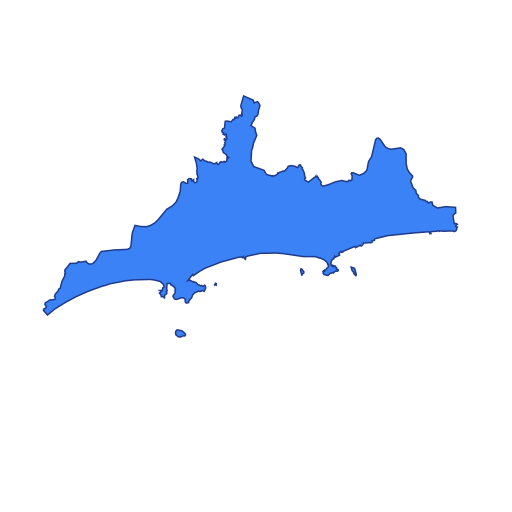 Laem Sing, Chanthaburi, Thailand (Albers equal-area conic projection), rotated 308°
{"feature_id": "78962969B29743694445242", "entity_name": "Laem Sing", "entity_type": "district", "adm_level": 2, "iso_a3": "THA", "parent_name": "Thailand", "parent_adm1": "Chanthaburi", "projection": "albers", "projection_center": [102.119, 12.455], "detail": "fine", "context": "isolated", "style": "filled", "palette": "blue", "viewbox_px": 512, "rotation_deg": 308, "n_neighbors": 0, "source": "geoboundaries", "source_scale": "gbopen_adm2", "svg_char_len": 6150}
<svg xmlns="http://www.w3.org/2000/svg" viewBox="0 0 512 512"><g transform="rotate(308 256 256)"><path d="M378.5,162.2L375.4,160.1L377.1,158.0L374.5,147.7L365.3,151.4L363.9,152.6L362.6,155.4L359.8,156.8L358.3,158.7L357.2,158.4L357.8,157.3L356.5,156.0L354.0,156.5L353.3,155.8L353.3,154.7L352.0,154.9L352.0,154.1L349.9,154.8L349.4,153.8L346.4,153.8L344.7,150.3L343.2,148.8L337.5,152.4L335.7,151.5L333.5,152.0L332.7,153.3L333.1,154.8L331.7,155.1L332.1,156.9L333.4,157.0L333.5,157.8L332.1,159.0L331.3,159.0L331.3,159.9L330.6,161.0L329.2,160.7L329.2,159.1L328.7,158.9L327.9,159.5L328.3,160.7L327.0,161.5L325.9,161.6L325.7,162.5L324.8,163.0L324.3,163.1L324.0,162.7L323.3,163.5L319.2,163.5L318.8,164.8L317.4,166.5L317.7,170.1L316.9,171.2L316.8,173.9L316.1,174.1L315.5,172.7L312.7,174.6L310.7,173.6L311.0,172.6L309.0,171.9L308.8,170.3L307.2,169.8L306.5,170.2L304.7,169.9L304.8,168.0L305.4,167.5L302.8,166.4L301.6,161.7L300.3,160.6L300.3,158.8L299.5,157.7L299.5,154.4L296.9,153.9L297.1,151.2L296.1,146.7L292.4,151.9L288.8,155.7L286.4,157.1L285.3,158.6L284.7,158.5L282.0,162.3L280.6,161.6L279.0,163.4L278.2,163.7L276.9,163.3L276.0,162.4L276.1,161.3L277.7,159.9L275.6,159.3L275.7,158.8L277.1,157.7L276.0,155.8L274.1,155.1L271.7,157.2L271.1,157.2L270.3,156.2L269.6,152.9L268.0,152.1L266.4,152.4L260.4,156.4L253.8,158.8L249.1,159.8L243.8,159.2L237.9,156.9L224.0,156.5L219.7,155.9L214.9,153.9L211.8,151.8L208.3,147.1L205.6,141.8L197.6,144.5L187.1,151.2L184.4,151.8L182.0,150.5L173.5,140.6L164.4,131.4L161.7,131.2L154.3,132.6L150.1,132.1L148.3,131.3L146.8,129.0L146.7,127.1L147.3,125.3L143.2,121.6L142.2,119.5L139.9,119.1L135.7,114.1L127.2,114.0L126.4,115.0L125.9,115.0L125.3,116.4L124.5,116.2L122.3,117.6L116.5,118.7L109.9,121.6L108.4,120.9L107.1,121.5L102.6,121.3L100.1,122.1L99.5,123.8L98.8,124.2L97.5,123.8L94.5,120.7L89.2,118.8L87.8,119.6L87.0,122.2L85.3,122.3L83.3,121.3L82.8,122.1L82.3,122.1L81.1,128.0L90.5,130.1L102.1,134.4L112.7,139.0L124.6,145.3L138.7,154.1L138.7,154.4L144.1,158.0L155.9,168.2L162.0,174.5L172.2,186.8L174.3,190.2L176.9,196.2L176.7,200.0L175.1,202.7L173.3,202.2L171.2,203.3L169.7,201.6L170.0,203.1L169.3,202.9L168.8,203.3L167.5,202.6L166.6,205.3L165.6,206.6L166.5,207.2L167.0,208.6L166.1,210.1L168.9,208.1L171.1,208.8L172.0,208.6L172.5,207.3L173.9,207.4L175.2,205.8L179.5,202.9L181.6,205.0L180.9,206.8L181.4,206.9L181.0,208.4L181.6,210.2L180.8,211.0L181.1,211.5L180.4,212.9L179.6,212.9L177.1,215.0L173.6,215.1L172.9,215.7L172.0,218.1L172.3,219.2L173.2,220.4L176.8,222.6L178.4,224.7L178.3,227.0L176.3,228.4L176.0,229.3L176.1,230.2L177.8,231.6L178.9,230.8L183.9,230.9L186.3,230.1L189.1,230.3L193.2,232.4L193.4,233.5L194.2,234.3L195.8,235.0L196.2,236.9L199.8,236.1L201.2,234.6L201.4,233.5L199.3,232.9L199.3,231.2L198.4,230.7L198.2,229.1L197.5,228.5L198.2,225.2L197.2,222.3L196.7,222.2L196.3,218.7L195.8,218.7L195.6,218.0L194.7,217.4L202.4,217.4L201.9,218.7L209.8,221.2L215.4,223.6L229.8,232.2L244.2,243.0L246.5,245.3L246.3,246.3L246.8,246.7L247.8,246.5L246.8,248.7L247.2,248.8L247.1,249.6L249.0,248.5L250.6,249.3L260.6,257.6L270.7,270.0L274.8,276.2L284.7,293.7L292.0,303.1L293.5,307.5L294.0,307.7L294.9,312.2L294.7,315.5L294.1,317.2L293.4,317.8L293.8,318.3L292.8,319.3L291.5,319.7L289.7,319.3L288.1,319.6L287.5,318.8L286.1,319.3L285.9,318.3L285.1,318.2L284.8,319.0L283.7,319.4L283.3,321.2L284.9,324.7L288.3,325.1L289.0,326.2L290.5,327.0L290.5,327.6L291.6,327.5L293.2,328.2L294.1,329.5L295.2,329.8L295.9,328.8L295.2,327.9L295.3,327.2L296.3,326.8L296.3,325.0L296.9,324.8L296.2,323.2L295.1,323.3L295.1,322.9L296.0,322.7L295.8,322.0L294.9,322.3L294.8,322.0L295.6,320.3L297.1,319.1L299.7,318.2L301.9,319.0L302.2,318.5L303.5,318.9L304.3,318.2L304.4,319.5L308.1,321.3L308.9,319.8L309.7,320.1L310.4,319.6L312.0,320.3L311.6,321.2L312.9,322.1L313.3,321.8L324.3,327.9L323.8,329.2L328.6,331.6L328.5,332.7L330.8,333.2L332.5,332.8L338.0,339.1L339.4,338.2L341.2,339.7L341.9,339.0L342.8,339.1L353.2,347.3L371.3,366.1L381.7,377.5L380.6,379.4L381.4,380.1L382.2,378.8L383.1,379.0L386.7,383.1L388.1,384.1L388.4,385.4L388.9,385.3L391.1,388.7L395.3,393.6L396.9,395.9L397.3,397.2L398.7,398.0L400.5,397.8L401.5,397.0L402.7,396.9L402.3,395.1L403.6,394.7L404.9,395.1L404.8,393.6L403.5,392.3L409.1,386.3L411.3,386.4L412.8,387.0L417.2,383.3L411.7,375.1L405.5,369.4L404.8,364.2L406.9,361.4L406.1,360.3L403.8,359.2L404.4,357.5L403.7,356.8L404.1,355.3L401.9,350.5L402.3,347.9L403.6,346.7L404.1,343.6L406.1,341.6L406.4,337.9L410.0,332.0L411.1,331.3L414.4,330.9L415.4,330.2L416.2,325.2L417.8,321.5L421.4,317.3L428.9,311.4L430.9,306.9L430.2,303.3L423.8,297.2L422.7,295.7L421.9,293.7L421.6,290.6L424.4,281.9L424.3,279.9L423.2,278.7L421.2,278.7L405.5,285.9L399.8,286.5L392.4,290.3L390.3,290.5L387.0,289.8L383.6,288.0L382.9,286.8L381.4,281.2L380.4,280.2L379.3,280.4L378.5,282.3L375.1,284.7L374.0,284.6L372.9,282.6L372.0,282.7L370.5,281.8L368.2,277.0L363.3,272.9L356.7,269.1L352.4,265.9L351.9,265.1L352.7,262.6L354.0,262.1L354.9,260.3L355.2,258.2L356.2,256.6L356.0,255.6L356.5,255.2L355.6,254.4L355.9,254.0L354.7,254.2L353.9,253.6L346.4,251.8L346.0,247.7L346.5,246.9L348.0,247.0L348.9,245.2L350.8,243.4L352.6,240.5L352.9,239.1L354.1,238.3L354.3,235.9L355.0,235.5L355.0,234.5L353.6,233.9L351.9,234.5L351.0,234.1L350.8,231.8L349.1,228.3L346.6,226.1L344.2,226.6L340.1,226.1L339.7,225.0L337.4,223.9L336.4,222.9L335.0,222.8L334.9,222.1L334.2,222.6L331.9,221.9L329.9,220.7L329.4,219.5L328.7,219.6L328.8,218.9L326.9,214.8L326.9,213.4L328.5,209.7L325.1,199.2L327.6,193.7L336.9,187.3L339.2,186.7L343.1,184.7L351.6,182.3L353.1,179.8L356.1,176.5L355.6,171.7L359.8,170.8L362.7,170.7L364.9,169.5L366.6,170.5L368.9,170.3L372.2,168.4L377.1,166.4L378.3,163.7L378.5,162.2ZM150.1,249.2L150.9,248.6L151.2,247.7L151.5,243.8L149.6,239.8L148.7,239.1L147.1,239.2L145.2,240.5L144.5,241.7L144.5,244.3L145.5,246.3L148.0,247.6L149.2,249.1L150.1,249.2ZM303.8,345.6L307.0,341.2L305.8,337.8L303.7,340.6L303.2,343.3L302.4,343.6L302.0,346.8L302.6,346.8L303.8,345.6ZM273.0,303.5L273.9,300.0L273.6,299.3L272.3,299.7L268.8,304.2L270.2,303.6L272.1,304.1L273.0,303.5ZM209.6,240.9L207.9,241.0L207.6,241.6L208.8,241.9L208.8,242.4L209.8,241.6L209.6,240.9Z" fill="#3b82f6" stroke="#1e3a8a" stroke-width="1.5"/></g></svg>